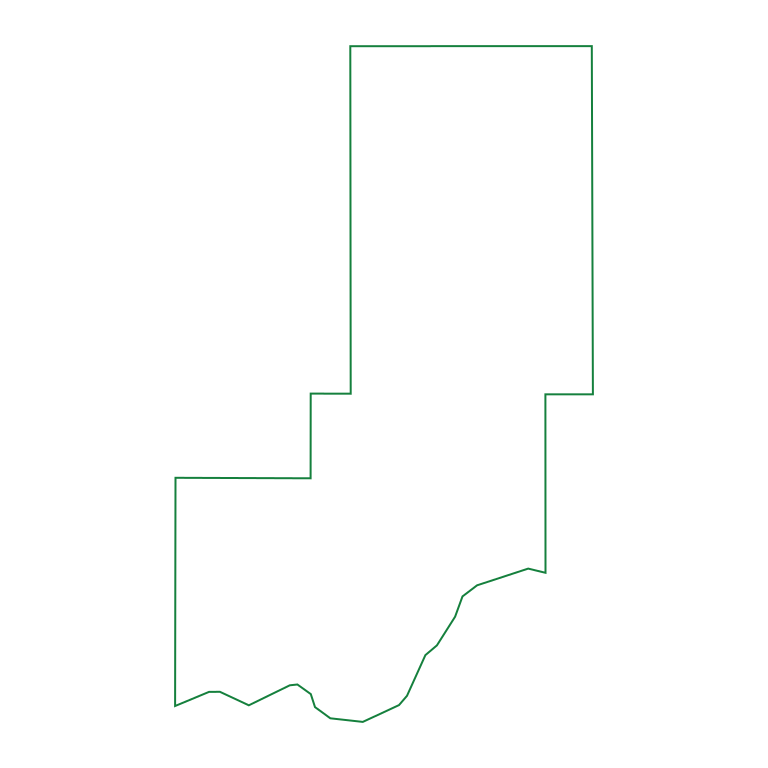 Minidoka, Idaho, United States of America
{"feature_id": "52423323B21939715817701", "entity_name": "Minidoka", "entity_type": "district", "adm_level": 2, "iso_a3": "USA", "parent_name": "United States of America", "parent_adm1": "Idaho", "projection": "robinson", "projection_center": [-113.693, 42.86], "detail": "fine", "context": "isolated", "style": "outline", "palette": "green", "viewbox_px": 768, "rotation_deg": 0, "n_neighbors": 0, "source": "geoboundaries", "source_scale": "gbopen_adm2", "svg_char_len": 461}
<svg xmlns="http://www.w3.org/2000/svg" viewBox="0 0 768 768"><path d="M175.5,477.8L175.1,706.0L209.0,691.9L219.9,691.8L248.8,705.3L289.8,685.3L297.4,684.5L310.8,694.1L315.0,707.1L330.3,718.3L362.8,721.9L399.0,705.1L407.0,695.8L425.4,655.1L436.9,645.4L455.1,616.7L462.5,596.4L477.1,585.3L528.2,568.6L545.5,572.8L545.4,394.3L592.9,394.3L591.8,46.1L350.3,46.2L350.7,393.7L310.7,393.6L310.6,478.3L175.5,477.8Z" fill="none" stroke="#15803d" stroke-width="2"/></svg>